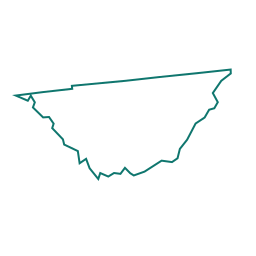 Clay, North Carolina, United States of America, rotated 174°
{"feature_id": "52423323B90263119803595", "entity_name": "Clay", "entity_type": "district", "adm_level": 2, "iso_a3": "USA", "parent_name": "United States of America", "parent_adm1": "North Carolina", "projection": "equal_earth", "projection_center": [-83.73, 35.074], "detail": "fine", "context": "isolated", "style": "outline", "palette": "teal", "viewbox_px": 256, "rotation_deg": 174, "n_neighbors": 0, "source": "geoboundaries", "source_scale": "gbopen_adm2", "svg_char_len": 687}
<svg xmlns="http://www.w3.org/2000/svg" viewBox="0 0 256 256"><g transform="rotate(174 128 128)"><path d="M208.7,172.6L236.2,172.0L224.8,165.6L221.3,170.3L218.0,163.3L220.4,158.4L211.3,147.4L205.4,147.2L201.5,140.1L203.4,135.8L193.9,123.5L193.2,118.2L180.3,110.3L179.8,98.0L172.9,101.7L170.4,92.0L162.9,80.4L160.3,86.1L152.7,81.8L146.6,84.7L140.3,83.2L135.2,88.7L130.5,82.8L127.2,80.2L116.1,82.9L98.0,92.0L87.8,89.5L81.9,92.7L78.6,101.8L70.4,110.2L60.3,125.4L50.7,130.4L45.4,137.7L40.1,138.6L36.0,144.3L40.0,153.9L30.3,165.2L20.1,171.5L19.8,175.4L48.2,175.3L48.3,175.3L91.9,175.4L125.6,175.2L179.4,175.8L179.4,172.8L208.7,172.6Z" fill="none" stroke="#0f766e" stroke-width="2"/></g></svg>